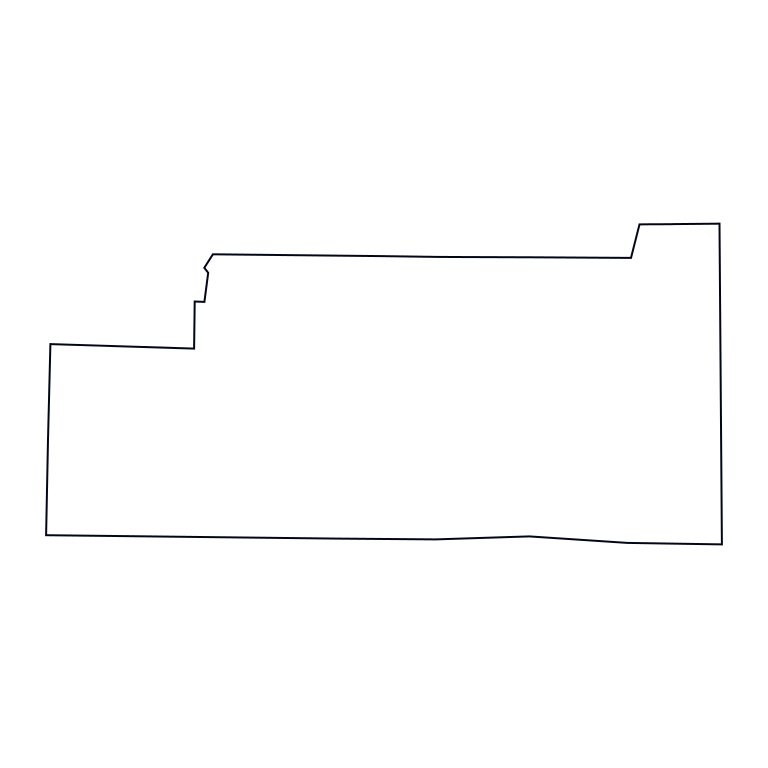 outline of Craighead, Arkansas, United States of America
{"feature_id": "52423323B20567432013188", "entity_name": "Craighead", "entity_type": "district", "adm_level": 2, "iso_a3": "USA", "parent_name": "United States of America", "parent_adm1": "Arkansas", "projection": "robinson", "projection_center": [-90.631, 35.848], "detail": "fine", "context": "isolated", "style": "outline", "palette": "ink", "viewbox_px": 768, "rotation_deg": 0, "n_neighbors": 0, "source": "geoboundaries", "source_scale": "gbopen_adm2", "svg_char_len": 447}
<svg xmlns="http://www.w3.org/2000/svg" viewBox="0 0 768 768"><path d="M46.1,535.2L337.5,538.6L435.5,539.4L529.3,536.4L627.3,542.9L721.9,544.4L719.5,223.6L716.4,223.7L674.1,224.1L671.2,224.2L647.8,224.3L639.5,224.4L631.0,257.9L565.4,257.5L533.2,257.3L452.8,257.0L437.0,256.9L380.4,256.1L212.9,254.3L204.3,267.8L208.2,272.8L204.4,301.9L194.7,301.5L194.1,348.6L50.4,344.1L48.0,439.8L46.1,535.2Z" fill="none" stroke="#020617" stroke-width="2"/></svg>